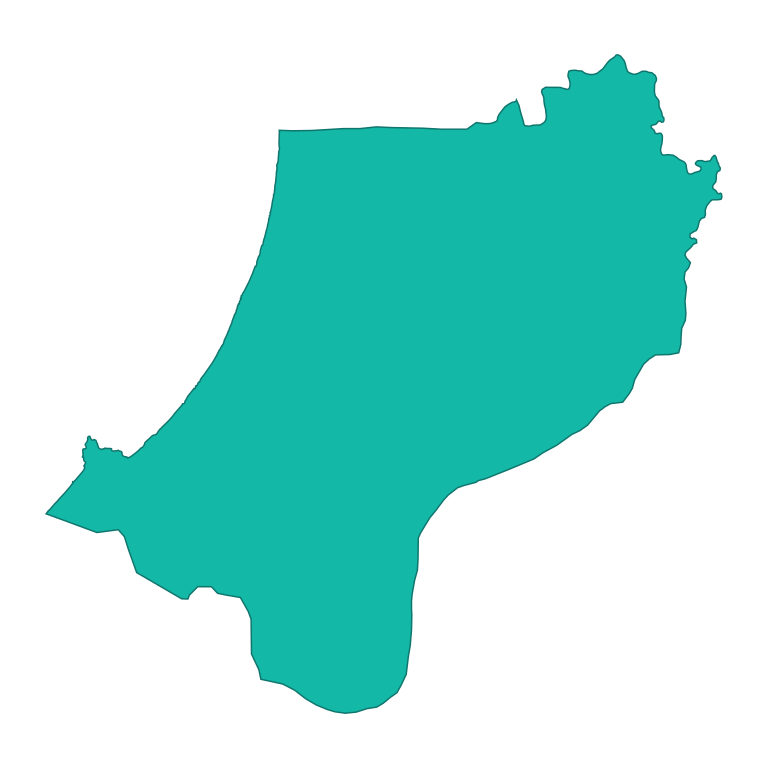 the district of Kota Singkawang, Kalimantan Barat, Indonesia
{"feature_id": "22746128B18670307275317", "entity_name": "Kota Singkawang", "entity_type": "district", "adm_level": 2, "iso_a3": "IDN", "parent_name": "Indonesia", "parent_adm1": "Kalimantan Barat", "projection": "natural_earth1", "projection_center": [108.996, 0.891], "detail": "fine", "context": "isolated", "style": "filled", "palette": "teal", "viewbox_px": 768, "rotation_deg": 0, "n_neighbors": 0, "source": "geoboundaries", "source_scale": "gbopen_adm2", "svg_char_len": 6018}
<svg xmlns="http://www.w3.org/2000/svg" viewBox="0 0 768 768"><path d="M720.6,193.2L718.8,193.7L717.6,193.4L715.6,190.4L713.2,188.9L712.7,187.3L712.7,185.8L715.8,181.6L716.3,178.5L716.3,174.8L717.3,171.9L719.9,170.4L720.3,168.0L718.9,165.8L718.5,163.6L717.2,161.3L716.0,157.0L715.0,155.5L714.0,155.5L711.9,157.8L711.1,159.6L709.9,160.9L705.4,161.6L703.6,161.3L702.3,160.6L698.3,160.7L697.3,161.0L695.5,162.9L695.5,164.0L696.5,165.1L701.0,167.3L701.1,168.9L700.5,170.3L698.6,171.5L695.1,172.4L691.9,173.8L690.4,174.2L688.8,173.7L687.8,172.9L686.8,170.0L686.0,164.6L685.2,163.1L684.0,161.8L679.4,159.6L675.9,156.8L673.0,155.2L667.5,154.6L664.3,155.1L663.3,155.0L662.4,154.8L661.6,153.9L660.5,150.7L661.0,146.6L661.8,144.1L662.3,140.2L662.4,136.8L662.2,135.4L661.1,133.4L659.4,133.2L657.3,133.7L655.0,133.2L654.7,131.5L653.9,130.1L651.7,128.1L651.2,127.0L651.4,125.6L652.2,125.2L655.8,124.3L657.2,122.9L658.4,121.2L660.2,121.1L661.6,122.2L663.4,121.8L664.0,120.0L663.7,117.6L662.6,116.7L661.8,113.6L661.7,112.4L660.4,109.4L659.3,107.3L659.0,105.3L659.0,101.6L658.6,100.3L655.4,96.0L654.8,94.2L654.4,91.4L654.6,84.6L655.2,82.5L656.2,81.0L656.5,78.6L655.3,75.5L651.8,72.7L648.8,72.4L646.2,71.3L642.2,71.3L638.3,73.3L635.9,74.1L633.3,74.3L628.9,72.6L627.3,71.0L626.1,67.3L625.1,63.0L624.0,60.4L620.6,56.2L617.9,54.8L616.1,55.1L614.9,56.7L609.5,60.4L607.4,62.8L603.0,68.7L597.0,73.4L593.3,74.5L589.8,74.5L586.7,73.8L584.4,72.9L581.8,71.0L578.9,70.9L575.6,70.3L573.6,70.3L570.5,70.6L568.8,71.3L568.1,74.4L568.0,76.1L568.5,77.8L569.2,79.3L570.1,83.1L569.9,85.8L569.3,88.3L568.1,89.3L566.4,89.3L565.0,88.7L562.9,88.4L561.1,87.6L559.5,87.4L545.6,87.3L542.1,89.5L541.6,91.7L542.1,93.5L543.4,96.4L543.9,98.4L544.0,101.5L544.5,105.0L545.6,109.3L546.4,116.8L545.9,119.6L544.8,121.8L542.9,123.3L540.4,124.9L532.5,125.3L530.6,126.0L529.1,126.2L524.8,125.7L523.7,123.8L523.5,122.0L520.7,112.7L518.9,105.3L516.4,100.0L516.1,101.2L514.2,102.0L512.2,102.3L508.2,104.5L504.7,107.1L499.2,114.2L497.7,117.3L497.3,120.3L496.2,121.4L491.8,123.2L488.2,123.7L484.0,123.6L476.3,122.6L467.0,129.2L441.0,129.2L422.7,128.2L391.8,127.6L376.3,126.9L360.0,128.6L343.7,128.6L311.7,130.5L292.3,130.8L279.2,130.3L279.2,131.0L279.6,131.5L279.3,132.6L279.0,144.2L279.5,149.3L278.8,151.5L278.1,161.5L276.8,165.1L277.0,168.7L276.4,172.3L276.3,175.2L275.6,182.5L274.8,186.3L274.9,187.3L274.4,191.6L274.5,193.2L273.6,194.5L273.5,196.9L272.3,202.2L271.9,205.4L270.6,211.9L270.0,212.6L270.1,213.2L270.5,213.8L270.5,214.2L269.4,215.7L269.5,217.2L268.8,218.7L268.5,221.6L267.5,225.5L267.2,227.9L266.4,230.2L264.5,238.0L264.1,238.7L263.2,242.4L263.1,244.5L261.7,245.7L260.3,250.7L260.1,253.4L259.3,255.8L258.7,256.2L256.9,261.6L256.8,263.5L256.3,265.9L255.2,266.3L252.4,273.8L249.1,281.5L244.2,291.2L242.7,293.5L242.0,295.3L241.1,296.0L241.3,297.1L240.4,298.3L241.1,299.4L240.5,299.8L239.4,301.8L239.3,303.7L239.0,304.0L238.5,303.9L237.8,305.6L237.2,307.5L237.1,308.7L236.3,310.2L236.1,312.1L235.2,313.5L234.4,315.2L232.2,321.1L231.9,322.6L229.4,328.5L229.3,329.6L228.6,330.5L227.0,334.7L224.2,340.4L224.1,341.8L223.6,342.6L223.2,344.2L222.5,344.9L222.4,345.6L221.7,345.9L221.6,346.6L220.7,347.6L220.2,349.1L219.4,349.9L216.5,355.7L212.6,362.5L204.0,374.8L201.5,377.9L200.6,379.4L199.6,381.9L199.3,382.1L198.8,382.1L198.1,382.9L197.4,385.0L196.6,385.8L196.0,385.7L195.6,386.3L195.5,387.6L194.8,388.8L194.6,388.9L194.0,388.5L187.9,396.2L186.7,398.3L186.2,399.5L185.2,400.8L184.5,403.2L183.6,403.8L182.5,403.8L181.9,405.2L174.8,413.3L172.1,416.9L168.3,421.1L162.0,427.2L160.9,428.5L159.6,429.5L159.3,430.2L158.4,431.1L157.1,433.5L155.4,434.8L153.0,435.3L151.6,436.3L150.2,437.8L145.6,441.9L144.8,443.0L144.2,445.1L142.6,447.3L140.7,448.2L138.7,450.4L135.6,453.0L130.7,456.7L128.0,457.9L127.3,457.7L126.8,456.9L124.9,456.8L123.3,456.1L122.2,454.8L121.9,453.7L122.0,452.6L121.8,452.1L121.0,451.4L119.3,451.0L118.3,450.3L117.2,450.7L112.8,451.1L112.0,450.8L111.6,450.2L111.5,448.8L110.5,448.5L107.0,448.5L104.9,448.1L104.5,448.7L102.8,448.9L102.4,449.4L100.9,449.2L99.6,448.6L98.3,447.6L98.3,446.5L97.6,445.3L97.5,443.8L97.1,443.5L95.9,440.4L94.1,439.5L93.4,440.2L92.1,440.1L90.8,438.8L89.9,436.5L89.3,436.2L88.5,436.5L87.6,437.6L87.8,439.3L87.4,440.4L87.3,441.4L85.3,444.2L85.4,445.5L86.3,446.7L86.3,447.7L85.4,448.8L83.5,448.9L82.9,449.5L82.8,450.0L82.9,452.9L83.1,454.2L83.0,455.6L82.5,456.4L82.5,457.1L83.7,457.4L83.6,459.3L84.1,460.9L85.6,462.2L85.4,463.1L84.7,464.8L83.9,465.7L84.0,466.1L84.7,466.7L84.2,469.4L82.2,472.1L75.5,480.0L73.6,481.8L72.7,481.7L72.6,482.5L72.9,483.3L71.7,484.4L70.7,486.0L65.2,492.5L59.5,498.6L56.9,501.7L55.1,503.4L50.4,508.9L48.2,511.0L46.1,513.8L96.9,532.5L118.3,529.7L124.4,536.6L128.6,549.9L136.7,572.6L181.7,598.8L187.9,599.0L189.3,595.2L197.7,586.7L211.4,586.7L217.6,593.3L226.4,595.1L240.4,597.5L248.2,611.3L251.1,619.2L251.5,654.0L258.9,669.7L260.9,679.3L282.7,684.0L294.7,690.2L305.9,698.9L316.4,705.0L327.6,709.6L335.1,711.8L345.3,713.2L356.2,712.1L367.1,708.6L376.7,707.1L383.2,703.2L390.7,697.1L396.9,692.7L400.9,685.6L406.2,674.4L408.4,656.1L410.2,645.7L411.5,630.2L411.8,615.1L411.5,608.7L411.5,601.1L412.1,594.3L414.6,580.3L417.4,570.2L418.0,559.5L418.3,537.9L420.8,532.5L429.8,517.8L435.7,510.6L443.5,500.2L448.1,495.1L457.6,487.7L464.2,485.4L476.0,482.3L478.4,480.6L485.2,478.8L508.1,469.7L534.0,458.9L543.0,452.7L556.5,445.4L572.2,434.2L579.7,430.7L587.5,425.2L599.5,410.9L605.0,406.7L610.7,403.6L622.7,402.2L629.3,393.5L632.3,388.3L634.7,379.6L643.5,364.3L649.2,359.0L655.5,354.9L670.0,354.5L678.7,352.8L680.8,344.4L681.1,336.1L681.7,328.4L685.3,320.4L685.9,313.4L685.0,301.3L686.5,287.0L684.1,279.0L685.0,272.0L688.6,267.8L690.4,262.6L686.5,258.1L685.0,255.0L685.7,252.2L690.9,247.4L693.4,244.2L696.7,242.9L696.4,239.7L693.7,238.1L692.1,238.9L689.8,237.0L690.2,233.8L693.7,231.7L696.4,230.4L697.8,227.5L699.4,221.1L701.5,218.4L704.5,217.4L705.4,214.7L705.2,210.2L706.8,205.7L710.2,201.4L712.3,199.8L717.3,199.8L721.0,199.3L721.9,197.2L721.5,194.0L720.6,193.2Z" fill="#14b8a6" stroke="#0f766e" stroke-width="1.5"/></svg>